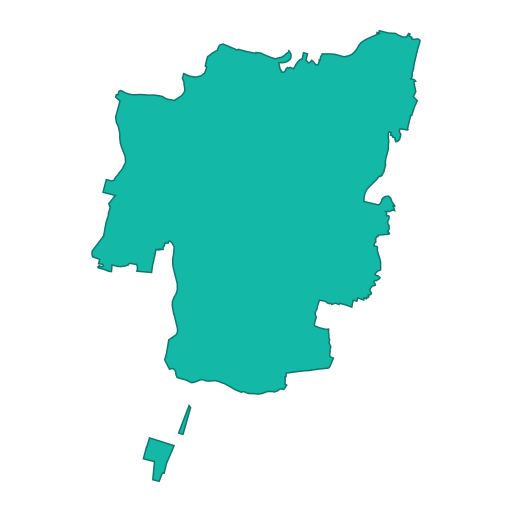 Kota Madiun, Jawa Timur, Indonesia
{"feature_id": "22746128B30166819315055", "entity_name": "Kota Madiun", "entity_type": "district", "adm_level": 2, "iso_a3": "IDN", "parent_name": "Indonesia", "parent_adm1": "Jawa Timur", "projection": "mercator", "projection_center": [111.53, -7.638], "detail": "fine", "context": "isolated", "style": "filled", "palette": "teal", "viewbox_px": 512, "rotation_deg": 0, "n_neighbors": 0, "source": "geoboundaries", "source_scale": "gbopen_adm2", "svg_char_len": 5976}
<svg xmlns="http://www.w3.org/2000/svg" viewBox="0 0 512 512"><path d="M169.5,369.2L172.4,368.5L174.0,369.1L175.6,371.5L176.0,374.8L177.1,377.4L179.7,378.3L185.8,379.9L191.6,382.7L194.5,382.2L198.6,380.6L200.0,379.9L201.5,379.7L203.1,379.7L205.4,380.7L208.8,381.1L215.5,380.6L219.3,381.7L222.7,383.1L224.2,383.4L235.2,389.7L241.3,392.2L242.4,391.8L243.8,391.7L248.7,393.5L253.6,393.6L258.6,394.1L262.3,393.4L267.6,391.5L272.3,391.5L274.2,392.0L277.1,391.1L278.7,389.8L280.5,388.8L283.9,389.4L286.7,385.1L285.0,384.0L285.2,379.3L285.0,376.8L286.0,376.7L286.2,373.1L300.4,371.2L306.8,370.5L307.5,370.7L319.9,368.9L327.7,368.2L328.6,367.9L329.7,366.9L333.4,358.1L330.1,356.8L329.7,355.1L330.2,351.1L329.9,349.9L330.7,347.2L330.6,346.2L329.0,342.9L329.6,339.9L328.7,336.9L328.9,335.2L328.5,332.5L328.6,329.1L326.2,329.4L321.3,328.3L315.7,326.4L314.4,325.6L314.4,324.1L314.9,321.7L316.3,317.0L315.6,315.7L315.2,313.4L315.7,311.2L316.9,309.1L317.7,305.4L319.5,300.1L325.5,301.3L327.4,303.0L329.3,303.7L329.9,303.3L330.7,303.3L331.8,304.4L335.8,303.0L337.0,303.8L339.0,304.5L339.7,303.3L346.0,305.0L351.8,307.1L353.1,300.2L356.8,301.2L357.7,297.9L363.7,300.0L364.2,297.7L366.2,298.8L366.9,297.3L367.7,297.8L368.8,296.8L368.3,294.9L369.2,295.1L370.3,294.7L370.9,294.3L371.2,293.4L371.3,292.7L370.2,291.4L369.8,290.5L370.3,288.6L371.6,286.8L372.7,285.8L374.6,285.6L375.2,285.3L375.2,284.2L374.4,282.5L374.1,282.3L374.0,281.6L374.2,281.0L375.8,280.4L376.4,280.7L379.0,279.0L379.9,277.9L380.0,277.5L378.1,275.9L375.7,275.2L375.1,274.6L375.1,273.8L377.1,271.6L377.8,271.0L380.0,270.4L380.6,269.7L380.6,262.3L379.6,258.0L377.3,250.6L377.4,247.5L377.2,246.7L373.9,245.7L374.7,242.7L375.6,242.3L375.9,241.3L375.6,240.7L375.8,239.8L375.4,239.1L377.0,236.3L377.7,236.6L378.2,235.7L378.6,235.7L379.0,235.0L387.9,234.3L389.5,233.8L389.4,233.1L388.1,232.4L387.8,231.9L388.0,231.7L387.6,231.5L389.1,229.1L389.1,225.9L387.9,223.7L387.8,223.0L387.9,220.6L388.9,219.0L389.1,216.8L388.9,216.0L387.9,215.7L386.7,215.8L386.4,214.9L386.8,213.4L385.5,211.4L389.6,211.5L392.4,210.1L394.7,210.6L393.1,206.0L394.7,206.3L394.7,205.6L392.1,202.0L390.6,198.0L388.5,196.2L385.3,196.5L382.8,198.0L381.7,199.9L381.2,202.2L380.0,203.8L378.8,204.7L378.1,204.8L363.9,201.5L364.1,197.3L364.8,194.0L366.5,189.9L368.9,187.1L376.6,179.6L379.1,176.2L380.1,176.5L380.9,175.6L381.6,175.8L383.8,171.9L385.7,164.4L385.2,163.4L385.8,158.6L388.3,149.2L388.4,144.7L388.8,141.4L388.6,139.6L388.2,137.8L388.2,134.8L388.4,133.1L389.0,131.7L391.2,132.6L390.4,135.0L392.8,136.1L392.8,137.2L395.1,137.8L394.9,139.7L395.6,140.5L395.6,141.6L396.9,141.7L398.2,140.8L399.6,139.3L400.6,135.7L400.7,134.2L399.2,131.2L400.1,128.8L407.6,130.0L407.8,129.7L407.3,129.6L410.6,115.6L411.7,115.5L414.5,106.8L417.3,100.8L413.3,96.6L415.8,91.7L413.8,82.0L415.1,81.1L415.5,81.3L415.7,81.2L414.6,79.9L412.2,79.0L410.7,78.9L412.1,76.5L412.2,72.6L413.3,69.9L414.2,63.8L416.0,56.1L417.6,49.4L419.5,43.1L420.0,40.5L419.4,39.7L417.6,38.9L415.9,39.1L415.3,39.5L411.8,38.9L411.8,37.3L409.2,36.2L410.0,34.1L408.6,33.5L406.6,36.9L403.0,37.1L398.3,35.1L395.3,33.4L388.2,33.0L379.3,30.7L379.1,32.8L377.1,32.4L376.9,33.2L379.0,33.6L366.9,39.0L363.7,40.8L360.9,42.8L358.7,45.5L357.8,47.5L356.2,49.9L353.9,52.6L351.7,54.5L348.6,55.8L344.0,56.8L335.1,54.4L331.5,54.0L322.3,53.9L320.5,57.3L320.1,60.2L319.3,59.9L319.2,61.3L318.1,64.8L315.7,64.8L313.6,61.9L311.6,60.3L310.6,61.9L308.8,62.8L308.1,62.5L305.8,59.9L306.4,58.4L307.5,53.8L303.5,52.7L302.2,59.1L301.2,59.1L300.0,59.7L297.9,61.7L296.4,63.8L293.6,68.7L290.0,67.4L288.6,68.3L287.5,67.5L285.8,69.2L284.7,71.9L282.5,72.2L281.6,72.1L281.5,70.9L281.0,70.7L280.6,69.6L280.1,69.2L278.7,62.7L283.3,62.7L286.2,62.0L288.3,60.9L290.2,59.2L290.8,58.2L291.1,55.4L290.7,53.7L289.7,51.9L288.2,50.0L289.3,51.5L286.4,53.6L284.0,55.8L282.1,57.0L275.2,58.8L270.5,57.3L264.3,54.8L261.0,53.1L255.9,52.5L255.6,53.4L246.4,51.5L238.3,49.3L237.4,50.1L223.0,44.0L219.6,45.2L218.5,46.8L217.5,50.2L213.5,52.4L207.6,56.7L206.3,61.3L205.3,66.0L205.5,66.4L206.5,66.6L206.7,67.6L204.4,73.7L203.9,73.6L201.4,75.7L196.6,77.0L195.2,77.0L189.8,76.2L183.7,73.6L182.4,78.5L183.8,81.6L184.9,90.2L184.0,92.5L181.6,95.8L174.1,100.5L171.1,99.8L167.9,99.3L164.5,98.0L162.8,96.6L158.9,95.7L154.8,95.1L148.3,95.1L141.1,94.5L133.2,94.8L129.8,94.3L125.1,92.8L122.4,91.2L120.6,90.5L119.0,91.3L118.3,93.5L118.3,94.6L116.4,94.7L115.8,96.2L115.8,97.3L120.0,101.0L115.6,117.1L116.5,123.0L117.8,125.2L118.5,127.2L119.8,133.5L119.8,138.0L120.4,143.3L121.6,147.2L125.2,156.6L125.6,162.4L122.2,169.1L118.9,173.2L118.1,174.6L115.6,177.3L114.6,178.9L114.7,179.8L111.9,181.0L106.3,179.7L103.0,192.3L115.4,195.4L108.7,203.8L109.2,204.2L109.5,205.1L109.3,205.8L109.6,206.2L110.0,206.3L110.1,206.7L109.7,209.5L108.4,213.1L108.4,215.8L106.7,220.3L105.7,224.4L103.5,236.7L103.1,236.6L92.3,251.0L92.0,252.1L92.0,254.5L92.6,256.8L99.7,259.3L98.6,263.6L102.4,264.3L103.0,264.7L103.3,265.3L102.7,266.6L102.2,266.7L101.5,266.7L99.1,265.6L99.0,265.9L99.2,266.6L99.0,266.8L98.0,266.8L98.0,267.7L104.5,269.6L108.8,271.3L111.5,271.6L112.0,265.0L117.6,266.4L120.8,266.6L124.9,266.1L128.3,264.9L129.0,263.8L129.9,263.3L133.3,263.9L134.1,264.2L136.3,264.2L137.2,265.8L137.4,267.1L137.4,269.0L136.9,271.2L151.6,272.5L152.7,264.2L153.8,260.3L153.9,258.6L154.5,257.2L155.9,249.4L158.9,250.1L159.2,248.8L160.4,249.1L160.6,249.6L163.2,249.3L162.9,248.4L163.0,247.5L163.4,246.7L164.2,246.2L164.8,243.2L166.2,243.4L166.8,243.1L168.5,242.9L168.4,241.6L169.7,241.1L171.7,242.4L174.2,246.8L173.7,253.7L172.7,258.6L172.8,264.5L173.3,267.8L177.3,283.8L177.3,289.9L176.0,294.1L174.0,297.4L172.4,301.6L172.2,305.5L173.8,314.1L174.0,314.0L177.5,328.6L177.5,331.1L177.3,332.5L176.1,334.8L168.8,339.8L166.6,353.1L164.7,359.8L169.5,369.2ZM174.1,445.7L149.5,437.9L146.8,447.1L146.5,447.0L143.4,458.8L154.5,461.6L152.8,479.7L159.1,481.3L162.4,472.9L164.2,473.2L166.4,463.7L174.1,445.7ZM190.6,407.6L189.1,405.6L178.6,433.0L183.0,434.4L190.6,407.6Z" fill="#14b8a6" stroke="#0f766e" stroke-width="1.5"/></svg>